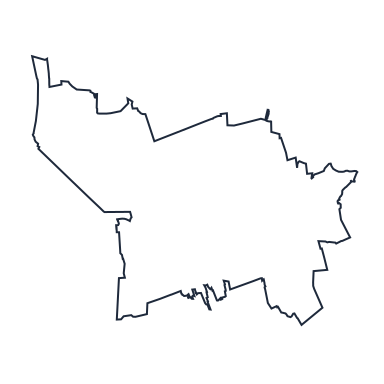 Costesti, Arges, Romania (Robinson projection), rotated 92°
{"feature_id": "2599482B84338141113763", "entity_name": "Costesti", "entity_type": "district", "adm_level": 2, "iso_a3": "ROU", "parent_name": "Romania", "parent_adm1": "Arges", "projection": "robinson", "projection_center": [24.853, 44.689], "detail": "fine", "context": "isolated", "style": "outline", "palette": "slate", "viewbox_px": 384, "rotation_deg": 92, "n_neighbors": 0, "source": "geoboundaries", "source_scale": "gbopen_adm2", "svg_char_len": 5022}
<svg xmlns="http://www.w3.org/2000/svg" viewBox="0 0 384 384"><g transform="rotate(92 192 192)"><path d="M154.2,347.0L186.3,311.3L200.0,296.0L211.4,283.1L214.5,279.7L215.1,278.8L214.9,274.2L214.0,253.2L216.1,252.5L219.4,251.5L220.6,252.4L223.2,253.1L222.7,254.0L222.2,255.2L221.5,256.9L221.1,258.8L221.1,260.9L221.4,263.0L221.7,264.8L221.9,265.9L222.3,265.8L222.4,265.3L223.0,265.0L224.0,265.0L224.7,264.4L226.3,264.0L227.6,264.6L227.9,265.4L227.8,266.6L228.5,266.6L231.0,266.3L230.9,266.1L234.8,265.8L234.8,263.5L253.3,261.7L255.7,261.5L257.3,259.8L261.2,258.9L261.1,258.5L266.1,256.8L275.6,257.4L280.0,256.1L280.6,262.0L322.1,262.7L321.8,259.2L321.7,258.4L318.6,256.0L317.2,248.4L318.7,246.5L318.7,244.4L318.7,244.1L315.6,232.8L304.7,232.7L299.9,220.2L295.3,209.3L295.3,209.1L291.3,199.8L293.9,199.1L294.0,198.7L295.0,198.1L294.9,197.9L296.2,196.3L295.8,193.7L294.2,191.9L295.7,191.2L296.2,191.9L297.5,192.3L298.0,192.0L297.1,190.1L298.7,188.5L298.7,187.3L297.4,187.9L297.1,187.8L296.3,188.1L295.4,187.2L295.8,186.0L289.5,188.3L289.1,185.7L292.3,184.8L292.1,184.6L294.1,183.6L292.9,182.5L292.6,179.5L302.6,175.0L303.8,173.9L304.0,172.6L308.7,170.6L308.8,169.4L301.1,172.6L300.8,172.2L297.4,173.8L296.7,172.6L291.7,174.0L291.5,173.5L287.2,175.1L284.8,176.5L284.9,174.9L284.1,173.5L286.3,172.5L288.2,170.6L287.9,170.1L288.2,169.9L287.1,169.2L289.9,168.1L289.6,167.6L299.5,163.3L299.6,162.3L299.0,161.6L297.3,160.1L298.6,159.6L298.3,158.7L297.8,158.0L296.5,158.5L295.6,155.4L294.9,154.6L290.1,155.7L289.6,154.8L288.0,155.1L283.8,156.3L283.3,155.8L279.5,157.2L280.2,152.3L288.1,150.5L288.0,150.3L279.0,127.9L275.9,120.5L275.7,119.2L278.2,118.8L277.7,118.3L276.9,117.6L276.7,117.3L277.0,117.2L278.8,116.8L279.9,116.5L281.7,116.2L282.1,116.2L283.8,115.3L284.6,116.1L285.1,116.1L286.0,115.7L287.5,115.3L300.3,112.3L305.7,108.5L303.1,103.4L304.3,102.8L303.8,102.0L309.3,98.6L309.5,97.1L310.1,94.3L311.1,93.3L312.8,92.2L313.6,89.2L312.8,88.1L310.1,86.6L309.8,85.4L314.2,82.6L314.5,82.0L321.0,77.9L303.1,57.6L284.4,66.6L281.6,67.6L279.3,67.7L278.2,67.8L266.8,67.7L265.1,54.1L253.2,57.5L243.9,60.3L244.2,61.6L236.7,63.9L236.8,56.9L237.6,55.0L237.1,53.2L237.6,46.9L238.5,46.1L236.1,41.7L235.8,41.2L235.7,40.6L235.6,40.0L234.1,37.0L231.9,32.4L214.6,42.1L204.0,44.1L202.6,42.8L199.1,43.0L197.8,44.8L198.4,45.5L198.0,45.8L196.3,46.2L195.8,46.1L195.1,45.6L194.8,45.2L194.7,45.0L194.8,44.7L194.7,44.4L194.6,44.2L194.4,44.2L193.6,44.7L193.3,44.6L192.0,44.0L191.2,43.5L190.8,42.9L188.8,41.9L187.9,41.9L187.6,41.9L187.2,41.8L186.4,41.9L185.4,41.8L184.6,41.3L182.8,39.6L182.5,39.3L182.1,38.9L181.6,38.1L176.6,33.5L175.4,33.6L175.3,33.4L175.8,32.9L176.0,29.9L175.7,29.8L175.2,30.0L174.6,30.3L174.5,30.2L174.2,30.4L173.8,30.5L172.9,30.2L172.7,30.1L171.9,29.8L171.4,29.7L171.2,29.6L170.3,29.2L168.7,28.7L167.7,28.2L167.1,28.1L166.6,27.7L166.3,27.5L165.4,28.6L165.3,30.3L165.9,33.8L165.9,35.6L165.3,37.5L165.5,39.2L166.2,40.5L166.5,41.7L166.6,43.7L166.6,46.1L165.5,48.9L163.9,51.7L161.1,53.6L159.4,54.1L158.8,54.4L159.1,56.1L163.7,60.1L166.4,61.0L168.8,66.3L170.2,70.2L172.3,71.9L173.0,71.5L174.3,72.9L174.1,73.1L169.1,72.5L169.8,77.6L159.7,79.1L159.2,81.3L157.5,85.7L158.1,86.5L160.3,87.6L164.2,87.8L154.0,89.6L156.9,97.7L149.5,99.4L134.8,104.9L135.2,106.3L131.1,106.6L129.2,114.8L118.8,115.4L118.7,115.6L118.7,115.8L118.7,116.0L118.7,116.4L118.8,116.9L118.8,117.4L118.7,117.9L118.6,118.6L118.5,119.0L118.4,119.4L118.3,119.8L118.2,120.1L117.9,120.1L116.8,119.9L116.0,119.7L115.7,119.6L115.1,119.5L114.5,119.4L114.6,119.2L114.4,119.2L114.2,119.1L113.2,118.7L112.4,118.5L111.4,118.2L111.1,118.1L110.8,118.2L110.7,118.3L110.0,118.2L109.4,118.1L109.4,118.4L109.3,118.6L108.6,118.4L108.3,118.3L107.5,118.3L107.4,118.5L107.6,118.6L107.8,119.0L108.0,119.2L107.8,119.4L109.3,119.7L112.2,120.3L113.3,120.5L114.7,120.8L116.1,120.9L116.6,121.0L117.5,121.1L116.4,125.7L121.8,144.0L124.1,152.3L124.1,158.9L112.1,159.9L113.1,166.1L115.0,165.8L115.1,167.8L115.4,169.3L117.3,173.3L118.0,173.7L118.3,175.1L121.0,181.5L124.2,188.9L128.7,199.2L142.6,231.4L124.7,238.0L115.8,241.3L115.8,244.2L115.0,246.1L113.4,247.6L112.9,248.6L110.3,249.7L110.7,254.2L106.7,255.3L103.7,254.7L100.8,259.7L105.6,258.8L113.7,266.2L116.1,276.1L116.6,279.9L116.9,287.3L116.7,289.0L116.0,289.6L112.1,289.7L111.3,290.2L97.4,290.3L97.6,291.7L101.0,291.9L100.9,292.4L98.6,293.2L97.2,293.4L95.5,296.7L96.4,296.8L94.3,297.1L94.0,298.0L93.6,310.8L90.7,315.3L88.1,318.0L86.1,319.4L85.7,326.5L89.2,326.2L92.0,338.1L91.0,338.2L90.4,338.3L89.3,338.4L85.0,338.6L84.8,338.6L84.1,338.6L83.5,338.7L83.4,338.7L83.3,338.8L81.4,339.0L79.5,339.2L79.0,339.2L78.3,339.3L76.9,339.5L76.7,339.5L76.2,339.6L74.8,339.8L74.2,339.9L74.0,340.0L73.5,340.0L70.0,340.5L66.6,341.1L66.1,341.2L65.5,341.3L64.5,341.5L64.3,341.5L63.9,341.5L65.1,343.5L61.9,356.5L81.2,351.7L84.1,350.9L84.8,350.3L90.2,349.6L109.4,349.2L126.5,350.5L138.6,352.4L138.9,352.3L140.3,353.1L141.9,352.3L142.9,351.4L144.9,351.2L147.2,350.0L149.1,347.5L151.6,347.9L152.4,346.2L154.2,347.0Z" fill="none" stroke="#1e293b" stroke-width="2"/></g></svg>